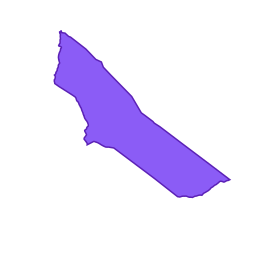 Santa Barbara, Heredia, Costa Rica (Mercator projection), rotated 127°
{"feature_id": "36466004B69757092766150", "entity_name": "Santa Barbara", "entity_type": "district", "adm_level": 2, "iso_a3": "CRI", "parent_name": "Costa Rica", "parent_adm1": "Heredia", "projection": "mercator", "projection_center": [-84.144, 10.082], "detail": "fine", "context": "isolated", "style": "filled", "palette": "violet", "viewbox_px": 256, "rotation_deg": 127, "n_neighbors": 0, "source": "geoboundaries", "source_scale": "gbopen_adm2", "svg_char_len": 5127}
<svg xmlns="http://www.w3.org/2000/svg" viewBox="0 0 256 256"><g transform="rotate(127 128 128)"><path d="M108.0,15.6L107.9,38.6L107.9,75.7L107.8,103.5L108.3,109.9L107.8,112.1L107.8,122.2L107.9,126.5L100.6,144.0L96.0,174.3L94.3,184.3L91.3,189.0L92.6,195.0L90.3,209.2L90.0,228.6L90.6,230.6L90.1,235.4L92.0,238.7L91.1,239.1L90.4,240.4L90.8,240.0L91.1,239.8L91.6,239.8L91.8,239.9L92.0,240.2L92.1,240.3L92.5,240.4L92.7,240.2L93.2,239.7L93.6,238.9L93.8,238.7L94.0,238.3L94.3,238.0L94.5,237.8L94.8,237.7L95.0,237.7L95.3,237.5L95.7,237.2L96.1,236.8L96.2,236.7L96.4,236.5L96.7,236.3L97.1,235.9L97.4,235.6L97.7,235.5L97.7,235.4L98.3,235.4L98.5,235.3L99.9,234.2L100.1,234.0L100.6,233.7L101.0,233.4L101.3,233.3L102.4,233.3L102.5,233.2L102.9,233.2L103.0,233.1L103.4,233.1L103.5,233.0L104.0,232.9L104.1,232.3L103.9,232.1L103.8,231.5L103.7,231.4L103.7,231.2L103.5,230.8L103.5,229.9L103.7,229.7L104.2,229.5L104.7,229.5L105.0,229.5L105.1,229.4L105.6,229.4L106.1,229.0L106.7,228.7L107.4,228.5L107.7,228.4L107.9,228.3L108.6,228.3L109.1,228.1L109.3,228.1L109.7,227.9L109.8,227.9L110.4,227.7L111.6,227.2L113.0,226.4L113.7,225.9L114.0,225.6L114.2,225.4L114.3,225.2L114.7,224.9L115.1,224.2L115.3,224.2L115.4,223.9L115.7,223.6L115.8,223.6L116.3,222.9L116.5,222.7L116.8,222.3L116.8,222.2L117.0,221.9L117.3,221.6L119.2,221.6L119.6,221.5L120.2,221.2L120.3,221.1L120.5,221.0L121.2,220.4L121.5,220.4L122.4,220.2L122.9,220.2L123.4,220.0L123.5,220.0L124.1,219.6L124.6,219.2L124.8,219.2L125.2,219.2L125.5,219.1L126.4,219.1L126.6,219.0L127.0,219.0L127.4,218.8L127.8,218.4L129.4,218.4L130.0,218.6L130.3,217.5L130.5,217.4L130.7,217.0L130.9,216.8L131.2,216.6L131.5,216.5L131.8,216.3L132.0,216.2L132.4,216.0L132.9,215.9L133.2,215.8L134.0,215.8L134.2,215.5L134.3,215.4L134.8,215.2L135.2,214.8L135.3,214.6L135.9,213.9L136.6,213.2L136.4,207.8L135.1,191.6L135.1,190.4L135.0,190.2L135.0,189.1L135.1,188.9L135.1,188.5L135.2,188.1L135.6,187.3L135.9,187.0L136.0,186.8L136.4,186.3L136.6,186.0L136.7,185.9L136.8,185.7L137.0,185.4L137.1,185.2L137.1,184.3L137.2,184.2L137.3,183.3L137.4,183.1L137.5,183.0L137.7,182.5L137.9,182.3L138.0,182.0L138.3,181.6L138.6,181.1L138.7,180.8L138.8,180.8L138.8,180.6L139.5,179.3L139.6,179.0L139.8,178.8L139.8,178.7L139.9,178.4L140.0,178.3L140.1,177.9L140.2,177.6L140.4,177.4L140.5,177.0L140.7,176.8L140.8,176.7L141.0,176.4L141.2,176.2L141.4,175.9L141.5,175.8L141.5,175.7L141.8,175.3L142.2,174.6L142.5,174.1L142.9,173.3L143.2,172.9L143.3,172.8L143.4,172.7L143.6,172.5L143.7,172.3L144.1,171.8L144.3,171.3L144.3,171.2L144.4,170.9L144.5,170.7L144.8,170.7L145.1,170.0L145.7,169.3L146.2,168.5L146.5,167.8L146.7,167.2L147.0,166.6L147.0,166.2L147.1,165.7L147.3,165.3L147.3,165.1L147.5,164.6L147.8,164.0L147.8,163.8L148.0,163.5L148.1,163.3L148.2,163.2L148.7,162.5L148.8,162.3L149.0,162.0L149.5,161.5L149.7,161.4L150.2,161.0L151.0,161.0L151.4,161.2L152.0,161.2L152.7,161.1L153.1,160.8L153.6,160.6L153.8,160.7L154.4,160.8L154.5,160.8L155.3,161.1L156.0,161.1L156.2,160.9L156.3,160.9L156.6,160.5L157.0,159.7L157.1,159.4L157.3,159.0L157.4,158.8L157.4,158.7L157.7,158.2L157.8,158.0L158.0,157.7L158.1,157.4L158.4,157.1L158.5,157.0L162.1,157.0L162.6,156.8L163.2,156.5L163.4,156.2L163.5,155.9L163.5,155.7L163.7,155.0L163.7,154.8L163.9,154.3L163.9,154.0L164.0,153.9L164.1,153.7L164.1,153.1L164.3,152.9L164.3,152.7L164.5,152.4L164.5,152.2L165.0,151.2L166.0,150.5L159.4,147.3L159.3,147.2L159.1,146.8L158.9,146.4L158.8,146.0L158.8,145.8L158.7,145.7L158.6,145.2L158.4,144.9L158.3,144.4L157.9,143.2L157.9,142.9L157.8,142.1L157.7,141.9L157.7,141.0L157.6,140.9L157.6,139.7L157.5,139.3L157.5,138.9L157.4,138.8L157.4,138.4L157.3,137.5L157.2,137.4L157.2,137.2L157.2,136.6L157.0,136.3L157.0,135.9L156.9,135.7L156.9,135.4L156.8,135.1L156.7,134.7L156.6,134.4L156.5,134.1L156.3,133.8L156.0,133.5L155.6,132.8L155.4,132.7L154.7,131.6L154.5,131.3L154.5,131.1L152.5,127.4L152.4,76.1L153.0,47.1L152.1,45.4L151.8,45.0L151.0,44.4L149.9,43.7L149.7,43.4L149.4,43.1L148.8,42.4L148.6,42.0L148.2,41.6L148.1,41.4L147.9,41.2L147.7,41.0L147.6,40.8L147.4,40.6L147.0,39.4L146.9,38.8L146.7,38.3L146.5,37.6L146.2,37.1L145.8,36.7L145.6,36.5L145.6,36.3L145.3,35.9L144.9,35.2L144.6,34.8L144.6,34.7L143.6,34.2L143.4,34.1L142.6,33.7L142.2,33.5L141.5,32.7L141.0,32.3L140.6,32.0L139.9,31.6L139.5,31.3L139.3,31.1L139.1,31.0L138.6,30.5L138.4,30.3L138.2,30.0L138.0,29.8L137.9,29.6L137.5,29.1L137.3,28.6L137.1,28.6L136.8,28.4L135.3,28.4L134.9,28.4L134.4,28.2L134.2,28.1L133.6,27.8L133.3,27.7L132.9,27.5L132.6,27.3L131.8,27.1L131.6,27.0L131.5,26.9L131.4,26.9L131.1,26.8L130.9,26.7L130.5,26.5L130.1,26.3L129.7,26.2L129.0,26.0L128.4,25.9L127.8,25.7L126.2,25.7L124.8,25.3L124.7,25.2L124.1,24.9L123.1,24.7L121.8,24.4L121.4,24.3L121.0,24.0L120.7,23.9L120.3,23.7L120.1,23.6L119.9,23.5L119.8,23.4L119.5,23.4L118.6,23.2L118.1,23.1L117.4,22.8L117.0,22.8L116.5,22.7L116.2,22.7L115.5,22.5L114.9,22.1L114.7,21.9L114.5,21.5L114.4,21.4L114.1,20.8L114.0,20.3L113.8,20.0L113.8,19.8L113.7,19.6L113.6,19.1L113.4,18.8L113.0,18.5L112.5,18.3L112.2,18.1L111.7,17.9L110.9,17.6L110.3,17.1L110.1,17.1L109.9,16.8L109.7,16.5L108.8,16.0L108.5,15.8L108.2,15.7L108.0,15.6Z" fill="#8b5cf6" stroke="#5b21b6" stroke-width="1.5"/></g></svg>